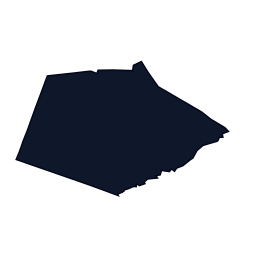 the district of Spartanburg, South Carolina, United States of America, rotated 288°
{"feature_id": "52423323B24740485283278", "entity_name": "Spartanburg", "entity_type": "district", "adm_level": 2, "iso_a3": "USA", "parent_name": "United States of America", "parent_adm1": "South Carolina", "projection": "robinson", "projection_center": [-82.102, 34.888], "detail": "fine", "context": "isolated", "style": "filled", "palette": "ink", "viewbox_px": 256, "rotation_deg": 288, "n_neighbors": 0, "source": "geoboundaries", "source_scale": "gbopen_adm2", "svg_char_len": 1426}
<svg xmlns="http://www.w3.org/2000/svg" viewBox="0 0 256 256"><g transform="rotate(288 128 128)"><path d="M81.5,160.1L85.5,162.3L89.6,171.5L91.2,169.3L93.4,173.1L98.0,172.9L99.3,180.8L102.5,182.1L101.2,185.6L104.8,186.6L109.2,191.9L116.7,196.8L119.6,199.0L127.8,200.5L134.6,204.7L143.3,217.3L147.4,217.8L148.5,221.1L151.6,219.4L155.8,224.6L158.2,220.1L162.0,203.7L165.9,193.3L176.6,143.9L187.2,129.8L195.3,120.2L189.3,113.8L184.0,114.7L178.6,96.1L173.7,81.7L170.2,81.6L170.4,77.8L170.6,75.4L169.8,73.2L163.3,59.0L161.1,54.1L152.6,35.2L139.3,34.7L127.9,34.2L119.5,33.8L109.5,33.5L107.3,33.4L96.5,33.1L92.2,32.9L83.6,32.3L76.1,32.2L73.7,32.1L71.4,32.0L68.8,31.8L63.5,31.4L62.5,81.0L61.9,109.1L61.5,120.1L61.4,123.2L61.0,133.1L60.7,139.7L61.9,138.7L64.8,141.8L64.8,142.0L65.0,142.4L65.2,142.5L65.4,142.5L65.5,142.6L65.9,142.9L66.1,143.0L66.3,143.2L66.6,143.5L66.8,143.7L67.1,143.6L67.3,143.6L67.5,143.6L67.9,143.9L68.1,144.1L68.7,144.5L68.8,144.7L69.0,145.0L69.3,145.5L69.6,145.9L69.7,146.0L70.0,146.2L70.1,146.4L70.1,146.6L70.1,146.8L70.6,147.2L72.0,149.0L72.3,149.2L72.6,149.5L72.8,149.7L73.2,150.3L73.3,150.4L73.4,150.5L73.6,150.7L73.7,151.1L73.9,151.4L74.1,151.6L74.2,151.8L74.5,152.3L74.6,152.7L74.7,153.2L74.6,153.4L74.6,153.8L75.1,153.9L75.4,153.8L75.6,153.7L76.2,153.5L76.5,153.4L76.9,153.5L76.9,153.8L77.1,154.3L77.4,154.7L76.7,156.6L80.3,161.3L81.5,160.1Z" fill="#0f172a" stroke="#020617" stroke-width="1.5"/></g></svg>